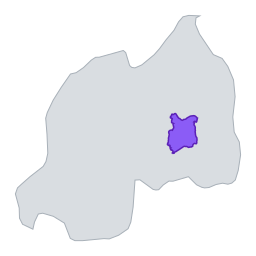 Rwamagana, Eastern, Rwanda (highlighted)
{"feature_id": "39286606B51470133526692", "entity_name": "Rwamagana", "entity_type": "district", "adm_level": 2, "iso_a3": "RWA", "parent_name": "Rwanda", "parent_adm1": "Eastern", "projection": "natural_earth1", "projection_center": [30.347, -1.979], "detail": "fine", "context": "in_parent", "style": "filled", "palette": "violet", "viewbox_px": 256, "rotation_deg": 0, "n_neighbors": 0, "source": "geoboundaries", "source_scale": "gbopen_adm2", "svg_char_len": 5688}
<svg xmlns="http://www.w3.org/2000/svg" viewBox="0 0 256 256"><path d="M95.6,57.3L99.3,57.2L123.3,50.5L125.7,52.6L129.6,65.5L131.7,67.4L135.0,67.9L141.8,64.9L154.1,54.8L159.5,48.7L165.9,40.0L174.0,30.3L178.6,21.8L183.0,16.8L188.8,15.4L195.2,15.7L199.7,15.9L196.0,17.9L195.3,24.1L199.5,34.1L213.3,54.6L222.1,58.4L227.8,66.4L233.5,79.9L235.1,96.7L232.8,117.0L234.2,132.1L239.3,142.0L240.6,154.8L238.2,170.5L235.3,180.0L231.8,183.1L227.9,184.2L222.6,183.2L216.1,184.5L209.0,187.5L204.6,187.9L201.8,187.3L196.6,184.8L188.4,176.7L173.0,181.2L168.9,181.1L163.3,184.9L158.7,189.7L155.9,190.0L153.1,189.4L139.9,179.8L135.0,180.1L133.1,207.1L130.8,222.1L128.1,228.7L118.7,235.2L109.2,238.9L103.9,238.6L83.0,240.6L74.8,240.6L70.3,238.4L64.4,223.1L53.3,216.3L42.7,213.2L38.3,214.0L34.5,222.0L32.9,229.2L22.6,224.3L19.5,218.2L19.2,208.0L15.4,193.9L17.5,187.9L21.6,184.1L30.1,176.6L43.2,166.4L46.0,161.5L47.8,153.3L47.0,134.3L45.7,118.2L47.3,112.5L53.2,100.1L61.2,87.4L70.5,74.0L76.1,72.7L83.5,67.6L91.3,60.1L95.6,57.3Z" fill="#d9dde1" stroke="#a8b0b8" stroke-width="1"/><path d="M169.1,133.7L169.2,134.0L169.2,134.3L169.2,134.6L169.0,135.5L168.9,136.3L168.9,136.5L168.7,137.0L168.6,137.3L168.5,137.6L168.5,137.8L168.5,138.2L168.4,138.4L168.5,138.9L168.5,139.6L168.5,139.8L168.4,140.1L168.3,140.4L168.3,140.5L168.4,140.8L168.3,141.2L168.3,141.4L168.3,141.5L168.3,141.8L168.3,142.0L168.2,142.5L168.1,142.9L167.9,143.2L167.7,143.2L167.7,143.3L167.8,143.4L167.8,143.5L167.7,143.5L167.4,144.1L167.6,144.8L168.1,145.1L168.3,145.1L168.7,145.4L168.7,145.2L168.8,145.2L169.0,145.2L169.1,145.3L169.2,145.5L169.3,145.5L169.3,145.3L169.3,145.2L169.5,145.2L169.5,145.3L169.6,145.6L169.8,146.0L169.9,145.8L170.0,145.7L170.1,145.8L170.1,146.0L169.9,146.1L169.8,146.3L170.2,147.0L170.1,147.3L170.3,147.5L170.1,147.7L170.1,147.8L170.2,148.0L170.6,148.0L170.4,148.2L170.3,148.4L170.3,148.5L170.5,148.7L170.5,148.8L170.4,148.9L170.5,149.0L170.9,149.1L171.0,149.2L171.1,149.3L171.0,149.5L170.9,149.5L170.8,149.4L170.7,149.4L170.7,149.6L170.8,149.8L171.0,150.0L171.3,150.1L171.7,150.1L171.9,150.0L172.1,150.4L172.4,150.5L172.6,150.7L172.8,150.8L172.9,151.2L173.0,151.6L173.0,151.9L173.0,152.1L172.9,152.2L172.7,152.1L172.9,152.3L172.5,152.4L172.4,152.5L172.4,152.8L172.6,152.7L172.7,152.8L172.7,153.2L172.7,153.3L172.5,153.5L172.9,153.3L173.0,153.4L173.4,153.3L173.5,153.3L173.9,153.2L174.1,153.2L174.3,153.0L174.3,152.8L174.3,152.4L174.4,152.2L175.5,151.8L176.0,151.6L176.9,151.0L177.7,150.4L177.8,150.4L178.0,150.3L178.4,150.0L178.6,149.9L178.8,149.7L179.1,149.6L179.6,149.3L179.8,149.1L180.3,148.8L180.6,148.6L181.4,148.0L181.7,147.9L181.9,147.7L182.1,147.6L182.4,147.4L182.8,147.1L183.1,146.9L183.9,146.4L184.3,146.3L184.8,146.4L185.1,146.4L185.4,146.5L186.4,146.5L186.5,146.5L186.9,146.5L187.5,146.8L187.8,147.0L188.0,147.2L188.4,147.3L188.7,147.4L189.1,147.3L189.7,147.1L189.8,147.1L190.8,147.0L191.1,147.0L191.4,147.0L191.7,146.8L191.7,146.7L192.1,146.6L192.6,146.4L192.7,146.2L192.8,145.5L192.8,145.3L192.8,145.2L192.9,144.9L193.1,144.5L193.3,144.3L193.4,144.2L193.5,144.0L194.3,143.5L194.5,143.5L194.8,143.4L195.0,143.5L196.1,143.8L196.7,143.2L196.8,142.6L196.7,141.5L196.8,140.9L197.0,140.3L197.0,139.1L196.8,137.6L196.1,136.8L196.0,136.4L195.8,136.1L195.7,135.7L195.6,135.1L195.6,134.9L195.4,134.3L195.4,133.9L195.4,133.7L195.4,133.4L195.3,133.0L195.3,132.8L195.3,132.7L195.3,132.4L195.2,132.3L195.2,132.2L195.1,131.7L195.2,131.3L195.2,131.2L195.4,130.7L195.3,130.1L195.3,129.9L195.2,129.7L195.2,129.3L195.2,129.1L195.2,128.5L195.2,128.3L195.3,128.1L195.3,127.8L195.2,127.1L194.9,126.2L194.5,125.6L194.2,125.1L194.0,124.9L194.0,124.5L194.0,124.3L194.0,124.1L194.2,123.9L194.3,123.7L194.2,123.6L194.1,123.4L194.2,122.9L194.1,122.6L194.1,122.4L194.0,122.2L194.2,121.8L194.2,121.7L194.3,121.6L194.2,121.6L194.3,121.5L194.5,121.6L194.8,121.4L194.9,121.6L195.4,121.9L195.8,121.9L196.2,122.1L196.3,122.1L196.6,121.8L196.7,121.6L196.8,121.1L196.8,120.9L196.9,120.4L197.0,120.0L197.2,119.8L197.2,119.6L197.1,119.3L197.2,118.5L197.2,118.3L197.4,118.1L197.2,118.0L196.8,117.5L196.6,117.3L195.5,116.3L195.0,116.0L194.4,115.8L194.1,115.7L193.7,115.7L193.1,115.7L192.7,115.8L191.9,115.9L190.8,116.0L189.8,116.4L189.5,116.5L189.0,116.9L188.2,117.3L187.4,117.7L186.9,118.1L186.7,118.2L186.1,118.8L185.9,119.0L185.7,119.1L185.1,119.3L184.7,119.4L183.7,119.4L183.6,119.5L183.2,119.8L182.9,120.1L182.6,120.2L182.4,120.3L182.2,120.3L181.7,120.1L181.4,119.9L181.0,119.7L180.9,119.6L180.7,119.5L179.9,118.6L179.4,118.4L179.1,118.3L178.8,118.2L178.5,118.0L178.2,117.5L177.6,116.7L177.4,116.4L177.5,116.4L176.6,115.0L176.2,114.2L175.6,113.7L175.4,113.6L175.2,113.5L174.8,113.6L174.4,113.8L173.6,114.4L173.4,114.5L173.2,114.5L172.9,114.5L172.8,114.4L172.4,114.2L172.2,114.1L171.9,114.2L171.7,114.4L171.5,115.3L171.5,115.6L171.4,115.8L171.2,115.9L171.1,116.0L170.9,116.2L170.5,116.4L170.6,117.2L170.6,117.3L170.6,117.6L170.4,117.8L170.5,117.9L170.8,117.8L171.1,118.1L171.3,118.1L171.5,118.3L171.9,118.4L172.1,118.5L172.3,118.7L172.3,118.8L172.3,119.0L171.9,119.3L171.9,119.5L171.9,119.8L171.9,120.0L171.7,120.2L171.6,120.5L171.6,121.0L171.6,122.2L171.6,122.6L171.8,122.7L171.9,122.8L172.4,122.9L172.5,122.9L172.8,123.1L173.0,123.2L173.0,123.3L173.3,123.4L173.1,123.5L173.1,123.8L173.1,124.0L173.0,124.5L173.3,125.2L173.3,125.7L173.4,126.0L173.5,126.1L173.5,126.3L173.5,126.5L173.7,126.8L173.7,127.8L173.7,128.0L173.2,128.5L173.0,129.2L172.6,129.6L172.4,130.3L171.3,130.0L171.2,130.0L170.8,130.2L170.7,130.2L170.1,130.4L169.9,130.4L169.5,130.8L169.2,131.0L168.9,131.3L168.8,131.8L168.7,131.9L168.7,132.2L168.7,132.5L168.8,132.6L168.8,133.1L168.9,133.3L169.0,133.6L169.1,133.7Z" fill="#8b5cf6" stroke="#5b21b6" stroke-width="1.5"/></svg>